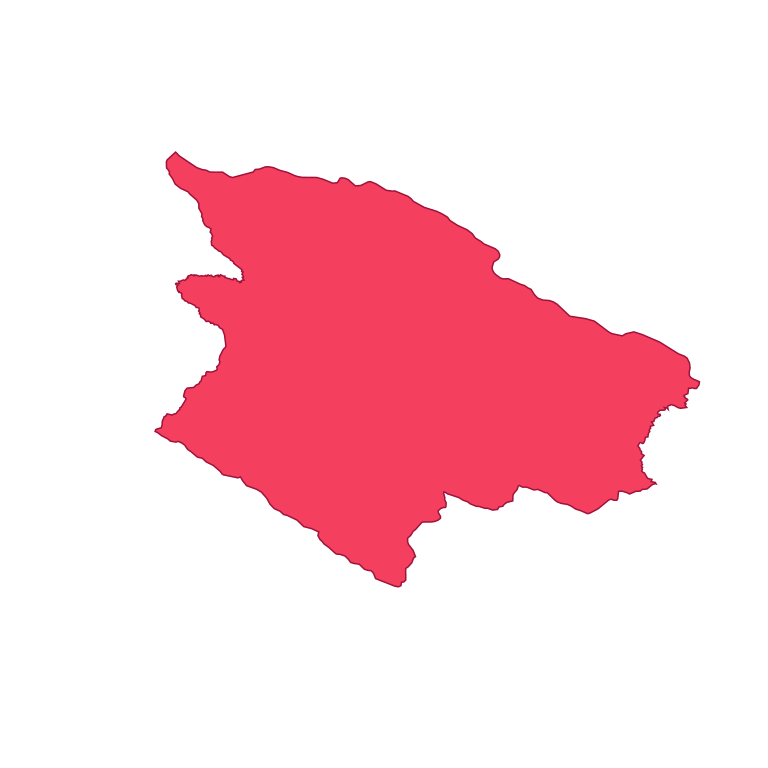 Santa Fe De Antioquia, Antioquia, Colombia (Equal Earth projection), rotated 294°
{"feature_id": "7082276B62917896081340", "entity_name": "Santa Fe De Antioquia", "entity_type": "district", "adm_level": 2, "iso_a3": "COL", "parent_name": "Colombia", "parent_adm1": "Antioquia", "projection": "equal_earth", "projection_center": [-75.913, 6.54], "detail": "fine", "context": "isolated", "style": "filled", "palette": "rose", "viewbox_px": 768, "rotation_deg": 294, "n_neighbors": 0, "source": "geoboundaries", "source_scale": "gbopen_adm2", "svg_char_len": 6143}
<svg xmlns="http://www.w3.org/2000/svg" viewBox="0 0 768 768"><g transform="rotate(294 384 384)"><path d="M558.8,386.8L560.2,377.7L562.2,374.2L563.0,368.2L563.2,362.1L561.7,348.8L562.8,336.5L564.4,333.1L565.2,329.6L564.8,315.2L563.8,313.8L561.9,307.4L563.6,295.3L563.4,289.5L562.2,287.3L555.9,282.0L553.3,277.3L556.2,268.1L556.1,264.6L555.1,261.4L554.2,260.2L548.9,259.5L546.6,255.5L546.3,245.5L545.3,238.5L539.5,225.2L538.4,220.8L538.0,217.1L538.1,209.9L536.8,202.0L536.7,195.0L535.6,190.5L534.1,187.3L529.6,182.7L527.6,179.1L524.5,178.3L511.0,161.6L510.6,158.2L511.9,150.5L506.8,138.8L507.0,134.9L505.9,130.4L505.5,124.9L509.1,104.2L511.1,99.3L500.7,94.8L498.5,94.8L492.9,97.5L491.6,100.3L490.2,101.9L488.5,102.3L485.8,107.1L481.7,111.9L480.0,118.8L479.9,126.7L478.5,129.5L475.8,138.1L473.4,141.5L469.3,143.3L465.4,148.5L462.7,149.3L461.5,151.2L459.4,152.1L456.6,155.3L455.6,158.2L455.8,160.6L455.2,163.0L452.0,163.4L451.2,165.3L449.1,167.4L447.7,167.1L445.7,168.2L444.2,168.1L440.7,170.1L440.5,172.0L439.4,174.2L438.8,177.7L438.3,178.4L438.5,181.1L436.7,184.9L435.8,192.3L434.7,193.3L434.8,194.7L434.2,197.0L433.1,197.7L430.6,207.8L429.1,208.0L428.7,208.5L429.0,209.6L428.5,209.8L426.4,209.6L425.6,211.5L424.6,212.1L423.8,211.1L422.0,213.8L421.1,212.1L419.5,211.3L418.9,212.2L417.9,210.9L418.8,209.9L418.3,207.9L419.9,206.3L419.3,203.7L418.0,204.1L417.3,201.4L417.4,199.8L417.0,198.8L416.7,195.2L417.8,194.8L417.2,193.3L417.3,190.2L415.2,190.1L414.9,188.8L416.0,188.8L416.1,188.2L414.1,185.7L413.3,185.7L412.4,184.1L413.1,181.8L411.9,180.8L412.1,178.9L410.4,178.3L410.3,177.5L410.8,177.0L409.4,175.8L408.5,172.9L407.4,171.8L407.2,168.2L406.6,167.6L406.5,166.2L405.7,166.3L405.4,163.3L404.0,162.4L403.2,161.2L402.0,161.0L401.4,161.7L401.1,161.0L400.0,161.2L399.0,160.3L397.8,160.2L397.3,158.1L394.9,156.0L394.3,154.4L392.6,156.3L392.1,155.8L391.8,153.5L391.0,152.8L390.1,153.6L390.2,155.5L388.2,155.2L385.1,157.8L385.1,159.1L384.4,159.3L384.9,159.9L384.4,160.9L384.7,161.9L384.1,162.8L382.8,162.9L380.0,164.9L380.1,166.1L379.0,168.2L379.3,170.6L378.5,172.2L379.1,174.7L378.8,177.6L379.0,179.0L377.5,181.3L378.1,182.8L378.1,184.2L376.2,185.1L375.3,184.9L374.3,186.7L373.1,186.7L372.6,188.4L370.8,189.1L370.2,193.3L368.8,196.1L369.9,198.2L369.8,200.4L369.0,200.9L370.1,203.2L369.0,204.9L369.7,205.6L370.1,208.0L369.9,209.2L368.6,210.7L368.2,214.3L364.0,218.3L354.6,224.0L353.2,224.3L350.2,223.1L343.0,222.7L339.0,223.5L337.5,225.1L334.2,225.3L331.7,224.2L329.8,225.5L328.5,225.5L324.8,221.8L323.2,217.1L321.9,216.8L319.2,217.6L317.1,214.9L312.0,215.6L311.0,214.9L309.0,214.9L306.6,212.8L303.5,211.6L300.2,205.9L299.5,205.6L296.8,204.9L291.5,205.8L290.6,206.8L290.8,208.1L289.6,209.3L280.6,208.2L279.2,207.2L277.2,207.9L276.5,207.1L272.2,205.9L270.9,204.0L269.5,203.2L268.5,198.0L265.6,197.5L264.8,196.5L259.7,196.6L256.6,197.9L253.4,198.3L250.2,194.5L249.3,194.0L247.5,194.2L247.6,196.5L246.3,202.1L245.9,208.8L244.9,212.2L246.3,217.6L247.9,219.3L247.8,223.7L247.1,226.8L244.4,231.1L243.7,235.2L241.5,242.5L241.4,244.0L242.3,248.2L240.5,253.2L240.2,261.1L237.6,269.8L235.8,273.0L235.7,274.3L238.8,288.6L240.7,290.8L238.3,293.9L235.2,299.8L236.0,310.4L235.4,315.8L232.0,323.3L227.8,328.8L225.5,334.5L225.5,340.8L223.9,345.4L224.6,348.8L224.3,359.9L221.1,368.7L222.4,376.4L222.3,384.6L218.6,385.3L215.8,389.0L214.9,391.8L213.6,393.9L212.3,400.0L209.4,408.8L209.5,410.5L210.5,413.0L211.0,418.3L209.4,422.7L207.4,426.1L207.9,429.8L209.3,434.6L206.8,441.4L207.2,445.2L208.2,448.3L206.7,451.5L202.8,455.5L203.7,476.1L204.6,479.7L206.6,481.5L210.0,480.6L211.2,482.6L213.8,483.6L224.3,478.8L226.7,480.4L231.8,482.1L237.0,481.8L239.1,483.0L243.9,478.2L247.4,471.7L249.4,469.8L252.9,468.3L256.6,470.0L261.6,470.6L263.6,471.9L273.4,475.0L277.5,483.9L278.9,486.0L281.5,488.7L284.2,490.2L285.9,489.6L288.8,485.8L290.1,485.1L293.3,486.4L295.3,488.4L296.1,490.2L297.0,490.5L300.8,489.1L303.0,486.5L304.9,485.8L308.5,482.9L309.7,482.7L310.0,484.0L309.5,486.7L310.7,498.6L310.0,503.5L310.4,508.4L309.6,511.4L309.8,517.7L310.9,521.3L311.5,526.9L312.6,529.1L313.0,534.6L315.6,538.8L318.3,538.9L320.7,542.3L322.9,542.7L325.9,544.5L329.6,549.2L334.6,547.1L337.2,547.2L341.9,548.6L345.3,548.1L346.3,548.9L346.1,552.4L347.8,556.3L348.2,564.2L350.3,567.4L350.3,575.1L351.0,577.5L347.3,587.7L346.8,590.3L347.0,594.5L348.6,600.5L348.6,604.5L347.7,610.0L348.3,615.5L348.3,622.7L349.9,624.7L357.0,630.3L369.8,636.7L371.2,638.5L371.3,641.3L372.5,644.0L374.3,644.2L381.3,641.9L382.9,645.0L383.5,649.5L383.4,653.1L388.3,657.6L390.4,661.7L392.6,662.6L395.1,667.0L401.5,670.2L403.3,672.4L403.4,673.2L404.4,671.9L403.5,667.7L405.8,667.6L405.1,664.0L405.2,662.9L408.7,658.1L408.6,656.7L409.2,654.9L410.9,654.8L412.0,653.9L412.9,654.2L413.9,652.4L415.5,652.9L416.2,651.8L417.7,651.3L418.6,649.2L424.5,650.7L425.0,647.5L426.9,646.9L427.8,644.9L429.3,643.8L430.7,641.1L434.2,641.5L434.9,642.4L434.8,644.4L435.3,645.1L438.0,645.3L441.7,644.5L443.0,646.6L446.6,645.6L448.8,646.1L449.8,644.9L452.0,645.6L453.7,644.5L456.0,647.2L458.2,643.9L459.4,645.7L463.3,645.5L464.3,647.1L465.7,647.4L466.6,648.8L467.7,649.3L468.7,648.4L467.9,647.0L468.5,645.8L469.5,645.6L472.3,646.8L474.1,650.7L474.9,651.3L476.2,651.0L476.6,649.9L477.2,651.9L476.5,653.8L478.0,652.6L479.3,652.3L482.0,654.9L482.4,658.6L482.0,662.2L482.4,664.8L485.7,670.1L487.0,667.8L488.6,668.0L488.4,667.2L489.1,666.3L493.0,668.0L493.7,666.6L493.5,664.9L494.5,664.4L494.7,663.4L495.6,662.7L498.9,665.5L504.1,664.0L504.6,665.6L505.9,667.1L506.1,669.5L507.1,671.3L511.3,672.1L514.4,671.3L514.3,664.5L514.7,661.6L515.8,659.7L518.7,658.1L523.1,657.1L527.5,654.5L530.9,650.4L531.6,647.2L531.3,640.8L534.4,618.9L534.2,600.2L533.3,591.2L528.3,584.5L524.9,582.1L522.7,571.8L522.9,568.3L527.0,550.6L525.7,541.6L521.5,526.2L527.3,509.7L527.9,505.3L527.5,501.1L525.3,495.0L525.0,489.3L527.0,484.7L530.3,479.9L530.3,476.7L531.1,472.4L530.6,468.0L530.8,454.9L528.4,449.9L528.2,447.1L529.3,441.9L530.2,439.5L532.1,436.9L534.4,435.3L540.2,434.6L544.3,437.4L546.8,437.9L549.0,437.3L551.7,434.4L552.8,430.6L552.6,418.3L553.6,414.9L554.5,408.0L557.2,403.5L558.7,397.0L558.8,386.8Z" fill="#f43f5e" stroke="#9f1239" stroke-width="1.5"/></g></svg>